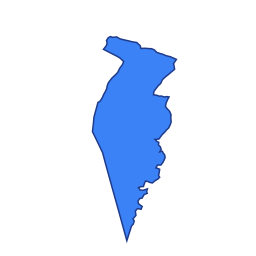 the district of Olinda Nova do Maranhão, Maranhão, Brazil, rotated 43°
{"feature_id": "56859067B66279170252469", "entity_name": "Olinda Nova do Maranhão", "entity_type": "district", "adm_level": 2, "iso_a3": "BRA", "parent_name": "Brazil", "parent_adm1": "Maranhão", "projection": "equal_earth", "projection_center": [-45.0, -2.983], "detail": "fine", "context": "isolated", "style": "filled", "palette": "blue", "viewbox_px": 256, "rotation_deg": 43, "n_neighbors": 0, "source": "geoboundaries", "source_scale": "gbopen_adm2", "svg_char_len": 1700}
<svg xmlns="http://www.w3.org/2000/svg" viewBox="0 0 256 256"><g transform="rotate(43 128 128)"><path d="M193.0,178.5L191.9,175.7L189.7,176.0L187.2,176.2L185.1,174.7L184.7,171.6L186.1,169.7L185.2,165.7L186.6,162.7L184.8,161.6L183.7,159.3L181.6,163.1L179.2,165.1L176.3,164.4L177.5,162.1L179.2,160.3L177.8,157.3L177.0,154.8L179.2,153.5L181.1,152.9L183.3,151.6L183.8,147.6L184.7,145.0L184.7,142.4L182.7,141.9L181.4,139.6L179.3,136.6L177.4,137.2L175.6,138.2L174.8,135.0L177.3,132.7L176.9,128.8L175.4,124.4L173.2,122.7L170.9,122.3L168.8,121.6L167.5,123.8L166.8,121.0L164.5,119.7L161.8,119.6L160.3,117.5L158.4,118.1L155.5,117.9L158.1,115.1L157.5,109.5L157.7,105.7L157.5,103.2L157.7,100.1L156.5,96.4L155.4,94.1L153.8,92.7L151.9,90.9L150.5,89.0L146.9,87.4L143.3,87.2L140.6,86.6L138.8,83.6L137.6,80.2L136.8,77.3L134.8,78.7L133.3,80.7L130.7,81.8L129.0,83.5L126.8,84.4L124.0,86.3L122.0,83.6L121.6,80.1L121.3,77.0L121.5,73.1L120.2,69.1L120.5,65.1L121.1,60.9L122.0,53.2L117.4,49.8L116.6,44.8L112.4,46.3L110.5,46.9L108.4,48.1L106.2,49.3L103.5,50.2L99.9,52.0L97.4,53.1L94.0,52.9L91.2,53.9L88.6,56.1L85.8,58.3L83.2,61.0L80.7,59.5L76.0,59.5L72.9,61.7L68.3,64.3L66.6,65.3L61.9,68.0L60.0,68.6L57.6,69.1L55.0,72.1L52.7,73.2L52.0,75.7L52.6,78.7L54.7,80.0L56.0,82.6L56.4,87.2L72.2,82.7L74.6,82.3L79.5,82.3L80.7,85.5L81.2,89.9L82.6,94.5L82.5,98.5L82.2,102.3L82.5,105.8L82.8,108.4L83.9,111.1L85.7,114.0L86.6,116.9L87.3,119.9L88.6,123.6L89.3,127.4L88.6,129.8L95.6,143.1L99.3,147.9L104.5,154.9L112.6,158.0L126.3,163.4L135.7,169.3L156.7,182.2L173.6,192.5L204.0,211.2L197.4,197.3L197.4,194.7L196.0,191.8L193.6,191.0L193.4,186.5L190.0,183.7L189.9,180.5L193.0,178.5Z" fill="#3b82f6" stroke="#1e3a8a" stroke-width="1.5"/></g></svg>